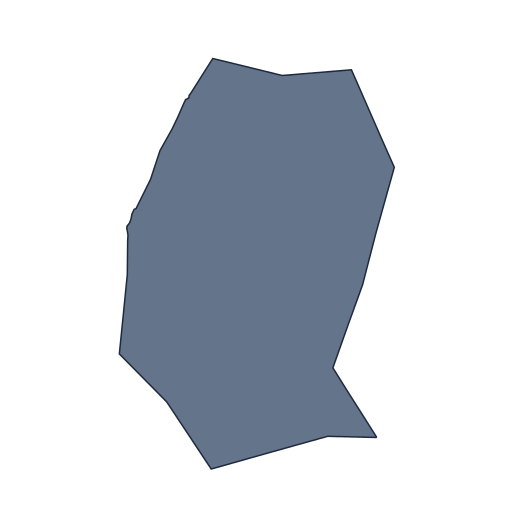 the district of Meråker nor, Nord-Trøndelag, Norway, rotated 350°
{"feature_id": "86288312B15566061957795", "entity_name": "Meråker nor", "entity_type": "district", "adm_level": 2, "iso_a3": "NOR", "parent_name": "Norway", "parent_adm1": "Nord-Trøndelag", "projection": "mercator", "projection_center": [11.797, 63.407], "detail": "fine", "context": "isolated", "style": "filled", "palette": "slate", "viewbox_px": 512, "rotation_deg": 350, "n_neighbors": 0, "source": "geoboundaries", "source_scale": "gbopen_adm2", "svg_char_len": 2318}
<svg xmlns="http://www.w3.org/2000/svg" viewBox="0 0 512 512"><g transform="rotate(350 256 256)"><path d="M343.5,455.7L343.4,455.6L341.3,450.4L332.1,428.0L321.8,403.1L312.3,379.5L329.6,348.9L335.2,339.0L336.0,337.6L346.6,319.2L356.1,302.6L361.8,290.0L378.5,253.4L391.2,226.9L397.9,212.9L399.6,209.4L407.6,192.7L399.1,158.4L395.4,143.1L385.8,103.5L385.8,103.4L382.3,89.2L334.1,84.7L332.1,84.5L331.5,84.5L331.2,84.5L330.9,84.4L330.3,84.4L329.8,84.3L329.2,84.3L313.3,82.8L312.5,82.5L285.3,70.5L247.7,54.0L219.2,85.3L218.9,85.4L218.9,85.5L218.7,85.6L218.6,85.8L218.4,85.9L218.4,86.0L218.2,86.2L218.2,86.3L218.0,86.5L217.9,86.6L217.8,86.8L217.8,87.0L217.7,87.3L217.7,87.5L217.6,87.8L217.6,88.0L217.5,88.3L217.4,88.3L217.2,88.4L217.1,88.5L217.0,88.8L216.9,88.9L216.8,89.0L216.7,89.0L216.6,88.9L216.4,88.8L216.2,88.9L216.1,89.0L215.9,89.2L215.8,89.3L215.7,89.3L213.8,89.7L213.7,89.9L213.7,90.0L211.7,92.7L202.9,105.9L195.3,116.5L179.7,135.6L165.5,162.1L146.1,188.5L144.1,188.9L141.1,193.1L139.4,197.7L137.4,201.3L134.1,204.3L134.3,204.6L133.5,206.4L133.6,207.5L133.6,208.0L133.6,210.9L133.5,213.4L133.5,213.5L132.6,217.3L132.5,217.8L132.4,217.9L126.0,252.1L118.7,278.0L115.8,288.4L104.4,328.7L142.7,384.1L174.9,458.0L190.9,456.4L193.3,456.2L195.0,456.0L196.6,455.8L200.0,455.5L202.1,455.3L204.8,455.0L207.1,454.8L208.1,454.7L208.4,454.6L210.9,454.4L212.4,454.2L214.3,454.0L216.4,453.8L218.6,453.6L219.6,453.5L220.6,453.4L221.0,453.4L225.3,452.9L225.8,452.9L227.4,452.7L227.9,452.7L229.3,452.5L231.2,452.3L233.3,452.1L234.0,452.1L235.2,451.9L236.1,451.9L237.4,451.7L238.3,451.6L239.9,451.5L240.9,451.4L241.9,451.3L242.9,451.2L243.6,451.1L244.5,451.0L245.2,451.0L247.0,450.8L248.8,450.6L250.3,450.4L251.5,450.3L253.7,450.1L256.2,449.9L258.6,449.6L261.6,449.3L263.5,449.1L264.7,449.0L267.1,448.8L268.9,448.6L271.2,448.4L271.7,448.3L274.2,448.1L275.3,448.0L277.7,447.7L280.6,447.5L282.5,447.3L283.6,447.2L286.0,446.9L288.1,446.7L290.8,446.5L293.4,446.2L295.3,446.0L295.8,446.1L297.1,446.4L297.7,446.5L298.6,446.7L301.2,447.2L304.0,447.8L305.1,448.0L307.4,448.4L309.3,448.8L311.7,449.3L313.4,449.6L316.8,450.3L318.6,450.7L320.5,451.1L322.7,451.5L326.1,452.2L327.7,452.5L330.0,453.0L332.2,453.4L334.9,454.0L338.0,454.6L339.5,454.9L341.4,455.3L343.3,455.6L343.5,455.7Z" fill="#64748b" stroke="#1e293b" stroke-width="1.5"/></g></svg>